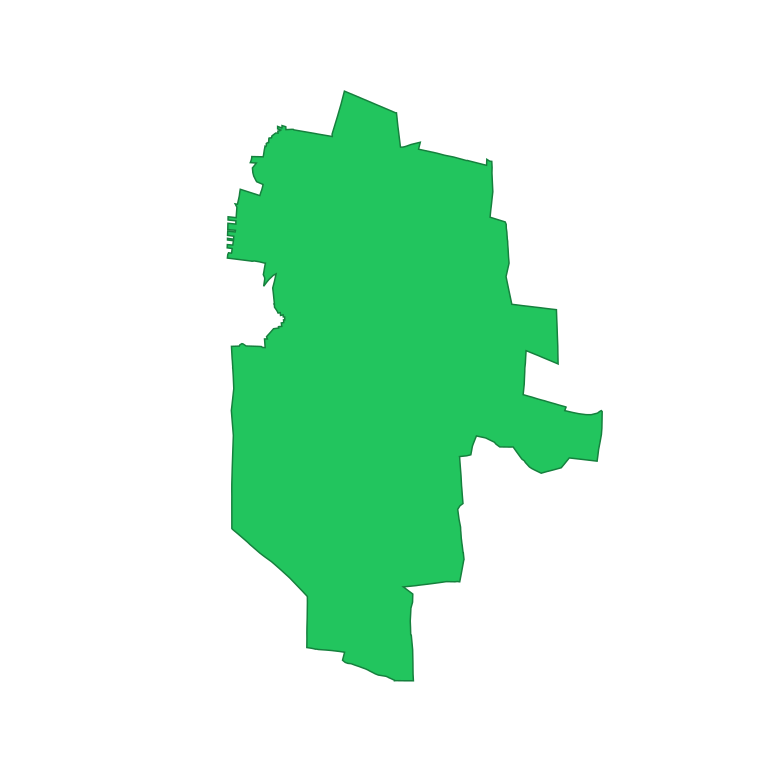 the district of Temascalapa, México, Mexico, rotated 339°
{"feature_id": "50627088B1319644746594", "entity_name": "Temascalapa", "entity_type": "district", "adm_level": 2, "iso_a3": "MEX", "parent_name": "Mexico", "parent_adm1": "México", "projection": "natural_earth1", "projection_center": [-98.879, 19.816], "detail": "fine", "context": "isolated", "style": "filled", "palette": "green", "viewbox_px": 768, "rotation_deg": 339, "n_neighbors": 0, "source": "geoboundaries", "source_scale": "gbopen_adm2", "svg_char_len": 5810}
<svg xmlns="http://www.w3.org/2000/svg" viewBox="0 0 768 768"><g transform="rotate(339 384 384)"><path d="M206.1,422.8L203.8,428.7L201.6,434.6L199.3,440.5L195.9,449.4L192.5,458.3L190.2,464.3L190.4,465.2L195.2,473.9L199.9,482.7L201.5,486.1L204.6,491.9L207.7,497.7L210.6,502.4L212.7,505.6L215.2,509.4L216.4,511.6L220.0,518.4L223.9,526.1L226.5,531.3L229.2,537.7L233.1,547.0L236.3,554.9L234.0,561.0L231.8,566.5L228.5,574.8L225.1,583.0L222.9,588.5L220.8,594.1L217.5,602.4L221.4,604.6L223.9,606.2L224.3,606.4L224.7,606.9L225.4,607.1L226.1,607.4L227.5,608.3L235.0,611.8L239.9,614.2L246.7,617.8L251.1,620.3L246.3,627.0L248.0,630.0L250.2,631.9L253.0,633.3L253.5,633.7L256.2,636.1L259.7,639.0L262.4,641.4L264.5,643.2L266.3,645.0L267.8,646.8L270.6,649.9L271.9,651.4L274.4,653.7L279.4,656.6L281.1,657.6L282.6,659.0L282.9,659.5L285.0,661.6L287.6,664.3L287.4,664.8L288.5,665.1L296.8,668.4L305.1,671.6L307.1,665.4L309.3,659.4L311.1,654.6L313.3,648.5L315.5,642.4L317.1,636.7L319.5,628.1L319.1,627.6L321.4,621.1L323.6,614.6L326.2,608.8L328.8,602.9L332.5,597.9L335.6,590.4L332.4,585.3L329.3,580.3L331.8,581.0L333.2,581.4L334.3,581.7L336.8,582.4L340.5,583.4L341.2,583.6L342.0,583.8L344.3,584.3L352.6,586.4L354.2,586.8L358.3,587.8L365.9,589.6L371.3,590.8L376.5,592.9L379.2,594.0L379.8,594.2L381.5,594.6L383.8,595.8L387.1,590.5L390.3,585.3L395.1,577.4L395.8,576.5L397.6,569.8L397.4,569.7L399.1,563.0L399.8,559.9L400.5,557.3L400.8,555.9L402.8,549.4L402.8,549.1L404.2,545.0L405.5,537.5L407.9,527.4L411.3,524.9L414.9,523.9L417.6,514.7L419.0,510.1L419.9,506.9L423.1,497.0L424.1,493.6L427.5,482.2L428.5,479.1L428.5,478.8L435.6,480.7L436.6,480.8L439.7,481.2L440.5,479.9L442.1,477.3L443.6,474.8L444.4,473.6L445.4,472.4L447.4,470.2L449.5,467.9L451.7,465.6L453.6,466.9L459.0,470.4L459.4,470.7L459.8,471.0L462.1,473.5L462.3,473.7L466.2,477.9L467.0,480.3L469.5,484.2L475.5,486.6L478.5,487.8L482.0,489.1L483.4,494.6L485.3,501.7L485.8,503.5L487.5,506.1L487.8,507.9L490.0,513.5L491.6,515.8L494.0,518.5L498.8,523.6L505.6,524.2L506.0,524.3L511.4,524.9L519.5,525.7L525.0,522.6L530.5,519.4L531.2,519.8L536.4,522.5L541.6,525.2L549.8,529.5L555.3,532.4L558.1,527.3L560.8,522.2L565.7,514.3L568.9,509.0L571.5,503.5L574.8,495.4L577.8,487.9L577.3,486.7L575.2,487.0L572.9,487.7L566.4,486.9L561.6,485.0L555.3,481.6L549.8,478.1L543.2,473.6L545.7,470.8L545.6,470.6L543.7,469.2L541.4,467.5L539.1,465.8L536.7,463.9L533.3,461.4L533.2,461.3L530.0,458.9L527.9,457.2L525.6,455.6L522.1,453.0L517.2,449.1L514.7,447.3L510.1,443.8L514.8,434.5L517.3,428.7L519.8,423.0L521.2,419.6L523.5,415.1L525.8,409.9L528.6,403.8L534.5,409.3L537.4,412.0L538.9,413.4L540.8,415.3L544.8,419.1L547.0,421.2L551.5,425.5L553.7,427.7L557.3,417.7L559.7,411.2L562.8,402.1L564.9,396.0L567.0,389.9L567.8,387.5L568.0,386.9L568.2,386.3L571.6,376.4L566.6,373.8L561.7,371.2L556.7,368.5L551.7,365.9L546.8,363.3L541.8,360.7L536.8,358.0L531.9,355.4L534.1,341.6L536.4,327.5L540.2,321.8L544.0,316.1L544.3,315.2L545.8,310.0L548.3,302.2L549.5,298.2L550.6,295.0L551.1,292.7L551.7,290.8L551.9,290.2L552.1,289.4L553.1,286.3L554.0,282.4L555.3,278.7L555.2,276.1L547.7,270.2L542.8,266.3L545.9,260.1L549.1,254.0L551.8,248.7L554.5,243.5L557.2,235.3L560.4,225.7L562.5,220.6L564.4,214.8L562.5,213.8L560.5,211.1L558.1,216.6L547.6,209.2L541.8,205.1L541.0,204.9L530.4,197.1L527.4,195.2L524.7,193.5L524.5,193.4L522.2,191.9L518.5,189.2L516.0,187.4L500.4,177.2L504.5,171.3L495.1,170.1L490.3,170.0L488.7,169.9L486.5,169.6L484.3,168.8L484.4,168.1L485.6,163.3L488.3,152.5L489.3,148.4L491.1,141.6L491.2,141.4L492.8,135.3L492.1,135.1L464.5,108.4L452.0,96.4L444.3,107.2L436.4,117.6L425.1,132.1L424.4,134.4L423.7,134.0L411.4,126.7L409.5,125.5L391.0,114.5L390.5,113.7L389.2,113.2L383.6,111.4L384.5,108.6L381.4,106.2L380.5,108.4L380.4,108.4L377.0,105.4L376.1,107.7L378.6,110.0L378.3,110.1L378.2,110.2L375.5,109.9L375.0,111.8L372.8,110.9L368.3,112.2L367.2,113.9L365.4,113.3L364.6,113.3L364.4,114.0L364.0,114.6L363.7,115.3L363.4,115.8L363.2,116.5L362.9,117.2L362.5,117.3L362.2,117.3L361.9,117.0L361.6,117.2L360.7,117.1L360.2,117.4L360.0,118.0L360.0,118.5L359.5,119.5L358.8,119.9L358.2,119.3L356.2,122.5L353.8,126.7L352.6,128.6L342.1,124.3L341.6,125.4L340.8,126.7L339.8,128.0L338.5,129.4L344.0,132.0L338.9,135.0L338.6,135.1L337.5,139.0L337.3,139.7L336.9,143.2L337.3,147.4L337.6,149.5L342.6,154.4L341.3,156.4L339.4,159.0L337.8,160.8L335.6,163.6L319.6,150.7L317.9,153.6L316.3,156.6L311.6,163.7L309.6,162.5L309.9,165.1L310.0,166.3L305.6,175.7L298.4,172.0L297.8,173.4L297.2,175.0L304.2,178.6L303.0,181.6L295.9,178.0L295.4,179.2L294.1,182.4L293.5,183.8L300.4,187.3L299.5,188.7L292.9,185.3L292.4,186.4L291.8,187.8L291.2,189.2L296.7,192.2L295.5,194.9L290.1,191.9L289.5,193.5L294.8,196.3L292.6,200.1L287.7,197.7L287.0,199.3L286.4,200.7L290.8,203.1L289.0,206.5L288.5,207.2L285.9,205.8L284.5,207.2L282.9,210.3L284.6,211.2L303.3,221.2L304.8,222.1L307.1,222.7L311.5,225.3L316.1,228.5L316.6,228.7L315.0,231.2L312.0,236.3L310.5,238.7L310.6,240.1L310.7,241.6L310.3,243.2L309.3,245.0L306.7,249.6L308.0,248.8L309.4,247.9L311.7,246.5L314.0,245.2L319.5,242.9L322.7,242.5L318.5,248.9L314.5,254.5L313.5,258.5L312.5,262.2L310.3,270.3L309.9,270.1L309.9,271.3L309.3,273.1L310.0,275.9L310.5,278.4L310.4,279.6L310.8,279.9L312.0,280.1L312.7,280.2L312.0,282.9L314.6,283.3L314.0,285.3L315.3,285.8L314.3,288.6L313.2,288.1L312.4,290.7L310.0,290.2L309.2,293.6L306.4,292.7L306.0,292.7L305.7,294.0L300.7,292.8L296.8,294.9L291.3,297.7L291.2,300.1L288.6,299.1L286.1,307.4L283.6,306.3L283.1,305.2L281.0,304.2L268.9,299.1L267.7,297.4L266.7,296.0L265.8,295.4L263.5,295.8L262.4,296.8L261.7,296.5L255.1,294.2L253.5,299.1L252.8,301.3L251.3,305.9L250.7,308.1L249.4,312.2L249.1,313.3L248.4,315.0L248.3,315.7L247.3,318.8L246.1,322.6L242.1,334.5L233.8,350.6L232.0,354.0L224.9,378.1L218.1,394.1L212.1,408.3L206.1,422.8Z" fill="#22c55e" stroke="#15803d" stroke-width="1.5"/></g></svg>